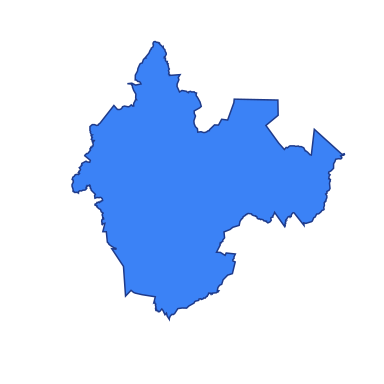 Hidalgo del Parral, Chihuahua, Mexico, rotated 32°
{"feature_id": "50627088B29513043306551", "entity_name": "Hidalgo del Parral", "entity_type": "district", "adm_level": 2, "iso_a3": "MEX", "parent_name": "Mexico", "parent_adm1": "Chihuahua", "projection": "robinson", "projection_center": [-105.698, 27.115], "detail": "fine", "context": "isolated", "style": "filled", "palette": "blue", "viewbox_px": 384, "rotation_deg": 32, "n_neighbors": 0, "source": "geoboundaries", "source_scale": "gbopen_adm2", "svg_char_len": 5933}
<svg xmlns="http://www.w3.org/2000/svg" viewBox="0 0 384 384"><g transform="rotate(32 192 192)"><path d="M300.8,78.9L299.3,80.6L262.5,74.0L273.6,97.4L272.3,97.9L269.0,97.0L266.7,96.8L266.3,97.1L263.3,95.3L260.6,95.6L258.8,96.7L257.9,96.6L255.7,98.4L254.4,98.6L250.9,100.8L250.3,101.5L249.6,103.9L248.2,104.3L247.8,107.0L239.6,104.6L219.4,96.4L224.4,81.3L216.1,68.5L178.6,90.9L180.2,94.1L184.1,112.1L178.6,114.6L179.0,121.2L175.5,123.2L173.8,130.0L174.2,130.7L172.9,132.0L172.7,133.0L171.5,134.6L170.2,135.5L167.7,136.1L165.2,138.2L163.0,135.4L160.2,134.8L157.6,132.9L155.9,130.7L154.7,125.7L152.3,124.2L150.9,122.1L153.9,116.6L154.5,114.5L151.1,111.4L146.1,108.6L145.2,108.5L144.0,107.5L143.4,105.7L141.6,106.2L140.8,105.9L138.6,107.4L137.4,107.4L136.2,108.6L136.4,109.6L135.1,109.9L134.1,109.5L129.7,111.2L128.4,113.8L123.1,110.2L122.8,109.2L122.2,108.5L121.4,103.7L119.7,102.3L119.7,98.8L111.1,105.1L110.7,104.2L109.6,104.3L109.2,102.7L107.7,101.6L107.6,99.7L106.6,99.3L104.4,96.9L103.7,96.7L103.8,95.9L102.4,95.8L101.9,94.4L101.0,94.9L99.8,94.6L98.6,92.6L97.4,92.9L97.6,92.3L97.0,91.9L97.4,91.4L97.2,88.8L96.4,87.8L94.7,86.9L93.5,85.6L91.8,85.4L90.7,84.2L90.7,84.6L90.2,84.7L88.8,84.1L86.8,83.9L85.5,82.9L85.3,83.4L83.8,83.1L82.8,83.8L80.9,83.9L80.0,85.0L80.1,86.5L80.9,87.6L81.4,87.7L82.0,89.7L81.2,91.8L81.7,92.5L81.4,93.9L81.9,97.1L81.2,102.7L81.8,102.8L81.0,103.6L80.6,105.4L81.4,108.9L80.1,110.5L80.1,111.7L80.7,115.9L81.7,118.3L82.0,122.9L84.5,127.1L85.4,126.5L87.5,127.0L88.9,126.3L90.1,126.5L91.5,127.4L87.5,131.2L83.3,131.6L79.8,134.4L83.3,132.6L84.3,133.3L84.9,133.1L85.8,134.5L88.8,136.8L92.5,138.7L94.5,142.3L96.0,143.1L95.3,143.5L95.2,144.3L95.5,145.2L95.5,147.0L96.0,148.7L97.0,149.9L96.2,150.6L94.3,150.3L93.6,152.7L92.7,153.6L89.2,154.9L87.9,156.5L88.1,157.7L87.6,159.7L86.5,160.7L85.0,161.5L79.9,160.0L77.5,182.5L76.8,184.2L77.0,185.0L75.9,186.1L73.6,186.5L71.7,187.7L70.8,190.6L73.0,194.1L73.9,194.4L74.1,195.3L76.3,196.8L77.1,196.5L76.6,197.7L78.5,198.5L78.2,199.0L78.7,199.5L78.6,200.6L79.3,200.6L80.4,201.7L80.5,201.1L81.2,201.2L81.2,200.5L81.8,200.2L81.8,202.8L83.1,204.1L83.6,205.6L83.0,206.1L83.3,207.4L82.4,207.8L82.9,208.7L82.6,209.6L83.7,210.3L83.3,214.2L82.9,214.9L82.3,215.2L81.7,217.4L81.8,218.1L89.0,219.0L89.5,221.0L87.0,222.1L85.8,222.0L83.4,226.2L84.4,227.6L83.9,228.0L84.3,229.1L83.5,231.1L85.4,231.8L85.7,233.2L85.1,234.4L85.7,235.0L85.4,235.8L86.8,236.0L86.5,237.4L85.4,237.7L83.8,239.2L83.7,241.4L83.1,242.5L83.7,244.9L85.1,244.9L85.4,245.8L86.1,246.3L86.3,249.2L87.2,250.7L89.3,252.4L90.5,253.7L90.5,254.3L91.3,254.6L91.6,254.2L93.0,254.5L94.0,253.5L95.2,253.3L95.4,252.7L96.2,252.9L95.6,251.7L96.2,250.4L97.7,249.7L98.5,248.3L100.2,247.1L100.6,246.3L100.7,245.6L100.4,245.3L100.7,244.5L99.9,244.4L99.9,243.6L99.5,243.0L100.0,242.6L99.8,242.1L100.5,242.1L101.5,240.3L102.1,240.5L102.3,241.4L103.3,241.6L103.6,242.6L104.7,242.9L105.6,243.9L111.3,245.2L111.3,246.7L113.0,248.7L114.3,247.0L116.4,246.0L116.9,245.2L117.9,244.9L119.5,245.3L120.7,246.6L119.9,247.6L119.8,248.5L119.1,248.6L119.1,250.0L117.9,250.1L117.7,251.1L117.0,251.2L117.0,252.7L116.2,253.7L116.6,254.5L119.0,254.2L119.1,254.9L119.6,255.1L122.1,255.5L123.7,255.3L125.5,256.9L127.6,256.9L127.9,257.3L127.6,258.2L128.0,259.2L128.5,259.3L130.0,261.2L130.5,260.8L131.4,261.7L130.3,263.0L130.8,264.5L131.5,265.4L132.3,265.8L132.5,266.9L133.2,267.2L133.5,265.9L134.7,264.7L137.4,272.9L140.4,271.1L146.8,279.4L148.6,279.8L149.3,280.4L151.8,280.6L155.5,280.6L157.4,280.1L157.7,280.9L154.0,282.6L173.3,291.4L190.8,315.5L192.4,307.7L195.7,308.1L197.5,307.8L203.9,305.6L216.4,300.3L218.3,306.1L218.7,305.2L219.7,306.3L220.7,306.3L221.2,307.7L222.5,308.7L222.6,309.9L223.9,310.2L223.5,310.9L224.2,311.6L226.2,310.9L226.8,311.4L227.6,311.0L228.0,310.2L228.4,307.2L230.1,307.8L234.1,310.4L234.5,308.3L236.6,310.3L240.2,312.0L239.7,311.1L239.3,308.7L239.8,306.4L240.9,306.0L241.7,304.4L241.8,298.4L245.1,295.6L249.0,293.3L249.7,290.4L252.6,285.1L252.4,283.5L252.8,282.7L255.1,280.4L254.7,279.0L256.0,277.9L256.8,278.2L258.0,276.8L258.1,275.7L259.4,275.0L259.6,273.3L260.2,272.4L259.9,271.9L260.2,270.2L259.7,269.0L261.1,268.1L262.4,268.7L262.4,267.6L263.3,267.6L263.0,266.9L266.1,264.5L266.4,263.5L267.0,263.1L267.1,261.6L265.8,262.3L264.6,259.3L264.8,256.5L266.1,254.5L264.9,250.0L266.3,243.6L269.5,239.8L265.7,228.4L263.3,228.8L262.5,227.9L262.8,226.0L262.0,224.8L261.6,221.6L253.3,225.6L253.6,228.2L248.1,228.2L244.7,230.1L244.0,221.9L243.5,221.7L242.9,220.0L243.7,219.7L243.5,218.7L244.3,217.6L243.7,216.9L243.6,216.0L243.9,213.6L240.3,208.9L244.1,203.7L245.3,200.3L249.7,195.3L248.3,191.6L248.3,188.5L248.7,188.1L248.8,186.7L248.5,185.8L249.5,183.9L249.6,182.8L250.4,182.1L250.3,181.2L251.1,180.4L254.1,179.0L254.7,179.5L255.9,179.5L257.7,179.1L258.6,178.5L258.9,178.9L260.2,178.7L261.3,179.7L262.6,179.7L263.3,179.0L264.7,179.1L264.9,178.6L266.8,177.9L268.5,178.4L269.1,177.8L270.3,177.8L270.6,177.4L270.8,177.8L272.7,178.0L274.0,176.0L274.2,174.0L272.9,172.8L272.6,171.8L273.9,170.3L273.2,169.4L273.3,167.6L272.8,165.5L289.1,172.3L289.0,171.2L287.9,170.1L288.2,169.2L287.3,168.5L287.4,167.4L286.7,167.1L286.4,166.1L287.0,165.6L286.5,165.4L286.7,162.0L287.7,160.9L288.5,161.4L288.5,160.8L289.1,160.2L288.3,158.5L288.5,156.4L289.0,155.8L289.7,155.6L304.7,161.0L303.2,158.9L305.2,158.3L309.0,153.9L309.4,152.9L308.9,149.2L309.7,148.0L309.4,144.7L311.0,143.3L311.9,140.5L312.0,138.7L313.1,137.4L313.2,136.7L311.8,135.2L311.5,133.4L309.8,131.0L309.9,130.0L310.4,130.4L310.1,129.8L310.4,128.7L309.7,127.5L309.4,125.4L308.3,123.7L306.4,122.9L307.1,121.4L306.1,120.1L307.3,118.0L307.2,115.9L304.0,111.8L303.4,110.2L303.5,109.4L302.9,109.0L302.8,108.2L302.1,108.3L301.6,107.8L300.9,108.3L299.9,105.9L300.0,104.2L298.1,104.0L297.4,102.7L298.7,100.4L299.5,96.9L297.1,93.0L297.1,90.5L296.5,88.1L298.6,86.1L300.5,85.2L301.0,84.4L300.9,83.5L298.9,82.6L301.2,80.3L301.4,79.4L300.8,78.9Z" fill="#3b82f6" stroke="#1e3a8a" stroke-width="1.5"/></g></svg>